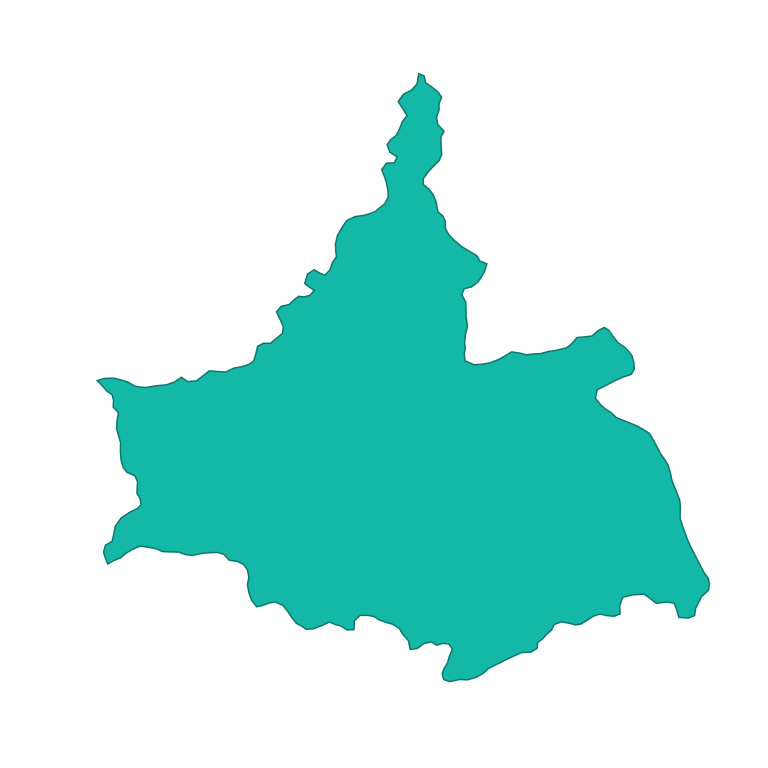 the district of Sete Lagoas, Minas Gerais, Brazil, rotated 83°
{"feature_id": "56859067B67283599101472", "entity_name": "Sete Lagoas", "entity_type": "district", "adm_level": 2, "iso_a3": "BRA", "parent_name": "Brazil", "parent_adm1": "Minas Gerais", "projection": "orthographic", "projection_center": [-44.272, -19.446], "detail": "fine", "context": "isolated", "style": "filled", "palette": "teal", "viewbox_px": 768, "rotation_deg": 83, "n_neighbors": 0, "source": "geoboundaries", "source_scale": "gbopen_adm2", "svg_char_len": 4092}
<svg xmlns="http://www.w3.org/2000/svg" viewBox="0 0 768 768"><g transform="rotate(83 384 384)"><path d="M424.1,175.9L415.8,173.2L412.5,164.0L408.9,154.5L406.1,145.3L404.6,137.5L400.0,133.8L393.0,133.4L386.2,134.4L381.0,137.5L376.4,141.0L371.7,146.6L364.6,150.9L358.2,154.2L354.7,158.4L357.0,164.8L361.7,171.6L361.7,179.0L361.4,186.8L366.5,192.3L370.2,198.1L371.1,204.8L371.7,210.4L371.8,217.1L372.9,224.4L372.4,232.1L372.4,239.1L369.8,245.7L367.7,253.4L370.3,259.3L373.5,266.8L375.9,276.3L376.3,284.1L375.9,292.2L370.9,300.7L364.0,300.7L358.0,298.9L352.0,298.9L345.3,297.2L336.6,294.1L326.8,294.3L320.2,293.5L312.5,292.9L304.9,295.9L299.2,292.9L298.3,285.5L294.6,278.8L289.3,274.0L284.5,270.5L277.3,267.2L273.6,273.9L268.1,276.1L263.2,282.4L257.1,290.2L249.7,297.1L243.6,301.5L237.5,304.1L230.1,303.3L224.3,305.2L219.6,309.5L209.5,310.1L202.1,312.1L196.1,315.6L190.6,320.7L185.1,320.1L179.7,315.2L174.7,309.4L169.0,302.1L163.3,298.8L158.0,298.5L152.5,298.2L145.7,297.3L140.4,293.6L133.0,299.1L125.8,299.4L118.8,296.0L112.2,295.2L106.5,291.8L100.8,294.8L95.3,300.1L90.1,305.9L83.1,306.7L80.2,311.7L90.3,314.7L95.6,320.8L98.7,329.3L105.3,335.5L113.7,331.5L120.5,328.4L125.8,333.8L131.8,337.0L138.7,341.5L142.6,347.9L146.8,351.7L154.6,350.0L160.1,343.3L165.8,346.8L165.0,354.6L171.0,360.2L177.1,358.5L184.0,357.1L192.3,356.5L199.0,357.0L205.1,361.2L208.4,366.5L211.9,372.0L213.4,378.4L214.2,384.0L214.3,392.4L217.2,401.0L223.0,406.2L230.7,412.0L239.1,415.1L246.5,415.7L251.8,415.6L257.4,420.6L264.0,423.6L268.7,429.4L266.1,434.3L262.1,439.4L265.6,446.5L274.7,450.5L278.5,446.5L282.5,441.9L286.8,446.4L287.9,452.4L286.6,458.1L289.5,462.9L293.6,468.5L294.3,476.4L299.3,481.9L308.3,478.9L314.8,477.0L321.4,478.5L326.1,486.1L329.8,491.6L328.9,498.6L331.1,504.8L337.9,507.3L345.3,510.5L348.0,515.5L349.4,521.8L349.9,530.8L352.8,539.9L351.1,548.7L349.7,555.9L354.8,564.3L358.0,569.9L357.7,578.4L352.6,584.4L356.6,591.8L358.3,600.4L358.0,610.7L358.5,620.5L357.4,626.0L355.7,631.6L350.8,638.2L348.0,644.4L345.3,651.4L344.4,660.6L345.7,668.2L351.7,663.7L357.2,659.9L361.7,655.1L367.2,654.4L373.8,655.6L380.2,651.1L388.3,653.6L396.2,654.8L402.8,653.8L410.1,652.6L418.1,653.8L427.4,654.2L435.1,653.0L440.4,649.9L444.7,642.5L450.7,640.5L456.2,641.5L462.1,642.5L467.9,640.1L474.3,639.8L477.7,644.3L480.0,651.4L484.9,661.2L492.7,668.2L500.7,670.7L507.1,673.1L510.0,680.1L516.8,682.8L523.2,681.7L529.0,680.1L526.4,673.9L524.4,666.7L520.6,660.8L517.6,654.2L515.1,645.6L517.4,637.6L519.8,630.0L523.3,624.5L524.6,616.6L525.8,608.4L529.2,601.7L530.7,594.9L530.1,587.5L529.9,581.8L530.3,576.0L531.0,569.3L533.6,563.7L540.0,559.1L542.5,550.6L545.9,545.4L552.0,542.1L559.7,541.7L566.3,544.0L574.1,543.6L582.2,541.9L589.5,537.6L588.9,530.8L587.4,525.0L586.9,518.9L591.4,511.3L597.8,507.4L604.7,503.9L611.0,500.0L614.2,495.3L618.0,491.2L618.3,484.0L616.2,475.0L613.6,467.3L616.9,461.4L619.1,456.0L623.5,450.7L624.1,443.7L615.4,442.3L610.7,435.8L611.7,428.2L613.6,422.2L617.5,417.8L620.4,412.0L623.5,404.7L628.4,398.6L634.6,395.9L641.9,391.0L650.6,390.4L650.6,383.3L646.5,376.0L645.7,368.6L649.7,363.5L648.6,357.3L649.9,351.3L655.5,348.5L662.7,352.5L669.0,355.2L673.8,359.2L679.1,361.6L684.6,360.7L687.4,355.2L686.5,345.1L687.8,336.9L686.3,328.3L683.2,320.7L679.5,315.6L676.8,308.8L674.2,300.9L671.1,292.6L669.4,286.9L667.4,280.3L668.0,270.9L665.0,264.2L659.3,263.0L656.4,257.8L652.1,253.0L648.7,247.7L643.5,244.6L641.7,237.0L644.1,229.0L646.4,223.6L646.3,217.9L643.5,211.7L640.0,204.6L638.6,197.4L641.0,191.2L642.6,183.9L641.0,177.7L633.1,177.1L624.8,173.1L623.6,163.1L624.2,151.6L628.9,146.3L634.9,140.5L634.9,130.1L636.8,122.8L643.5,121.0L651.6,119.7L653.4,110.3L651.6,103.9L644.7,102.1L638.4,97.8L633.7,94.7L628.3,87.1L621.9,85.2L616.2,85.9L609.8,89.5L589.1,97.2L577.2,101.3L560.8,105.1L553.1,106.5L541.2,104.7L534.9,104.7L527.9,106.5L521.4,108.3L514.7,110.0L506.6,110.6L498.6,112.1L492.9,114.8L487.3,117.8L481.0,120.2L473.2,123.1L465.7,126.4L460.5,132.5L456.5,137.9L452.4,145.3L448.7,152.1L445.5,157.6L440.1,162.1L435.5,167.6L430.9,171.6L424.1,175.9Z" fill="#14b8a6" stroke="#0f766e" stroke-width="1.5"/></g></svg>